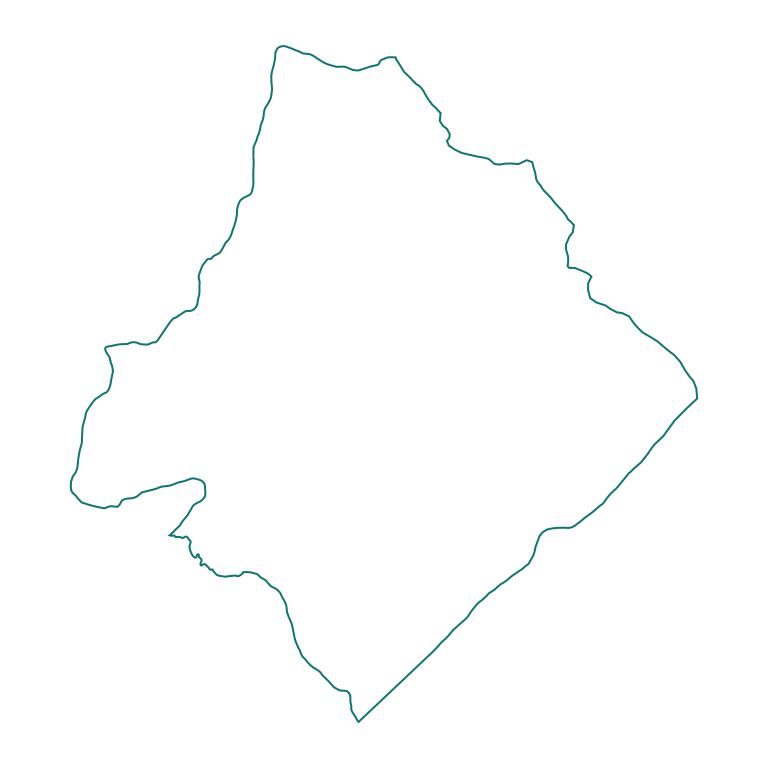 outline of Long, Louang Namtha, Laos
{"feature_id": "54806243B81400796532262", "entity_name": "Long", "entity_type": "district", "adm_level": 2, "iso_a3": "LAO", "parent_name": "Laos", "parent_adm1": "Louang Namtha", "projection": "mercator", "projection_center": [100.748, 20.99], "detail": "fine", "context": "isolated", "style": "outline", "palette": "teal", "viewbox_px": 768, "rotation_deg": 0, "n_neighbors": 0, "source": "geoboundaries", "source_scale": "gbopen_adm2", "svg_char_len": 6042}
<svg xmlns="http://www.w3.org/2000/svg" viewBox="0 0 768 768"><path d="M395.7,57.4L390.2,57.2L387.4,57.5L381.2,60.0L380.3,61.0L379.5,62.1L379.0,63.8L377.3,65.0L370.6,66.5L358.8,70.4L355.9,70.4L352.5,69.8L347.0,67.5L345.1,66.9L342.9,66.6L339.2,66.8L336.4,66.8L331.9,65.6L326.8,64.0L322.4,61.8L313.7,56.1L311.6,54.9L309.4,54.1L303.1,53.5L298.4,51.1L295.7,50.3L292.3,48.7L285.4,46.3L284.0,46.1L281.8,46.2L278.7,47.3L277.1,48.8L275.4,52.7L275.1,58.2L273.8,65.0L271.8,72.3L271.3,75.6L271.4,81.8L272.1,89.3L271.4,94.6L270.6,98.6L268.5,102.8L265.5,107.4L264.7,109.1L263.8,113.2L263.6,116.3L262.8,119.7L260.7,125.4L260.1,129.0L258.9,133.6L257.5,136.6L256.8,139.5L253.5,147.4L253.4,156.5L253.7,162.0L253.3,172.2L253.3,179.1L253.5,184.2L252.0,191.2L251.1,193.6L249.3,195.1L243.8,197.7L241.4,199.4L239.7,201.4L238.5,204.1L237.2,208.4L236.9,214.5L236.3,218.1L235.4,222.2L234.0,226.5L232.4,231.0L231.7,233.5L230.6,236.2L228.4,240.0L225.8,242.5L220.8,251.7L219.6,252.9L217.7,254.0L214.8,255.3L212.4,257.1L211.4,258.7L210.7,258.9L208.5,258.9L207.8,259.1L207.0,259.7L202.4,265.6L199.5,273.2L198.7,276.2L198.7,278.0L199.2,279.5L199.7,282.4L199.4,286.0L199.5,290.8L199.2,294.8L197.9,299.8L197.3,304.3L196.0,307.2L194.2,309.0L192.2,310.4L189.4,311.1L188.0,310.8L186.5,311.0L184.7,311.7L175.7,317.6L174.0,318.2L172.7,319.0L169.7,322.6L157.2,341.0L155.3,342.3L152.5,342.5L150.2,343.6L147.5,344.6L143.0,344.4L140.0,344.0L137.1,342.7L134.2,342.2L132.0,342.3L127.1,344.0L119.6,344.3L106.3,346.9L105.8,347.4L105.1,348.7L105.7,351.1L107.1,353.6L109.8,357.6L110.1,360.2L110.7,361.4L110.7,362.8L111.8,364.9L113.0,370.6L112.5,373.6L111.4,378.8L110.4,384.7L109.5,387.5L108.5,389.8L106.6,392.3L103.8,393.5L102.0,394.6L99.2,396.7L95.9,398.7L94.1,400.5L92.3,402.7L88.6,408.2L86.7,411.2L85.7,414.2L85.3,417.0L82.8,426.0L82.4,428.9L81.8,443.0L79.7,450.7L78.4,457.9L77.8,462.9L77.6,466.4L76.8,469.6L75.8,472.2L74.9,473.7L74.0,474.7L72.7,476.7L71.1,481.5L70.9,483.4L70.8,486.2L71.1,489.9L71.8,491.6L73.7,493.9L75.6,495.5L77.9,498.5L81.6,502.4L87.0,504.2L91.5,505.5L95.8,506.6L103.5,508.2L105.4,508.2L106.4,507.5L108.7,506.6L110.8,506.2L112.6,506.3L116.5,506.8L117.6,506.7L119.1,505.3L120.6,503.0L121.8,500.6L124.2,499.3L127.2,498.6L131.4,498.3L134.2,497.7L137.1,496.4L141.4,492.8L142.9,492.1L152.4,489.8L157.2,488.4L158.6,487.7L161.2,486.7L169.0,485.8L172.8,484.7L177.8,482.6L184.2,481.1L191.0,478.7L193.4,478.3L198.8,479.6L201.5,480.7L202.4,481.4L204.3,483.6L204.9,485.5L205.3,491.7L205.3,495.0L204.9,496.3L204.4,497.5L201.7,500.4L200.1,501.5L196.7,503.1L194.5,504.5L192.9,505.9L190.7,509.9L189.0,512.5L187.8,514.9L183.2,520.4L181.4,522.9L180.5,524.6L179.6,525.8L175.1,530.0L173.2,532.1L169.7,535.3L170.3,535.4L171.5,535.8L172.4,535.8L174.2,535.5L174.6,535.7L175.3,536.9L175.8,537.2L177.6,536.9L179.7,537.0L180.3,537.1L181.6,537.7L182.8,538.0L183.4,537.8L185.2,536.7L186.1,536.6L186.9,536.9L187.6,537.5L189.3,539.8L190.4,541.0L190.6,541.9L190.5,543.0L189.5,545.8L189.8,549.2L191.8,554.4L192.8,555.6L193.0,556.1L193.6,556.5L194.1,557.1L194.6,557.5L195.5,557.6L196.1,557.4L196.5,556.7L197.0,555.0L197.7,554.4L198.2,554.3L198.6,554.5L198.8,554.8L198.8,556.4L198.9,556.9L201.0,558.9L201.4,559.6L201.6,560.3L201.4,561.4L201.0,562.2L200.5,564.0L200.5,564.7L200.8,565.3L201.4,565.5L201.9,565.3L203.6,564.2L204.2,564.1L205.0,564.2L205.5,564.4L207.0,566.1L208.0,566.9L209.3,568.6L209.7,569.5L211.1,569.7L212.3,569.4L212.7,569.8L213.4,571.2L214.2,572.2L216.0,574.0L216.6,574.8L218.6,575.6L224.2,576.6L225.5,576.6L227.4,576.5L228.3,576.2L231.1,576.0L234.0,575.6L235.7,575.6L237.4,576.1L238.3,576.1L239.2,575.9L240.2,575.2L240.9,574.9L242.8,573.1L243.2,572.6L243.2,572.2L246.1,572.0L250.2,572.3L253.7,573.1L257.0,574.1L259.0,575.7L260.6,577.4L265.6,580.2L269.1,584.3L271.2,586.4L275.7,588.6L277.5,590.0L279.5,592.0L280.9,594.2L281.8,596.5L284.1,600.4L285.9,604.2L286.6,607.6L287.0,612.3L288.0,614.7L288.7,617.1L290.2,620.0L291.8,624.3L292.6,627.5L294.1,635.5L295.2,640.1L296.1,642.6L298.2,647.4L299.8,650.3L301.3,654.4L302.5,656.5L305.3,659.4L307.7,662.4L310.4,665.2L313.5,667.7L316.1,669.2L318.8,670.9L320.4,672.4L322.8,675.7L325.2,677.9L329.1,681.8L334.0,687.3L337.2,689.1L340.0,690.5L344.3,690.7L347.0,691.1L349.2,693.3L350.3,695.9L350.4,701.9L351.3,706.0L351.2,708.8L351.7,710.8L353.1,713.3L355.6,717.1L357.5,720.8L358.6,721.9L433.8,650.8L438.7,645.6L440.7,643.1L447.4,636.9L453.4,629.8L460.3,623.6L465.0,619.6L467.7,616.8L470.5,612.4L473.5,608.4L477.2,604.0L479.9,601.6L482.8,599.4L486.4,596.1L489.0,593.2L494.2,589.9L500.8,584.1L503.9,582.4L507.3,579.9L512.4,575.6L522.5,568.8L526.4,565.4L528.5,564.0L533.3,555.5L534.6,551.4L535.5,547.0L539.5,536.1L542.7,532.2L547.3,529.4L552.9,528.3L557.5,527.9L563.5,527.7L568.7,528.0L572.1,527.2L574.9,525.7L578.4,522.9L580.3,521.6L584.6,518.0L592.3,512.3L595.3,509.8L600.1,505.6L602.9,503.7L606.1,499.2L610.5,493.8L615.4,489.3L618.2,486.4L628.9,473.1L630.7,471.8L633.9,468.5L641.0,462.4L647.3,454.5L652.0,447.6L654.5,444.5L663.4,436.0L674.5,420.7L686.6,408.4L697.2,398.5L696.3,388.5L693.3,380.9L689.4,376.4L685.0,370.2L680.3,361.9L674.6,355.4L667.1,349.6L657.1,341.1L642.2,332.1L637.3,327.2L634.8,324.4L633.1,322.2L629.0,316.3L621.9,313.0L617.0,312.4L610.2,308.8L605.6,305.5L596.2,302.4L590.1,298.0L588.0,289.4L588.2,283.4L591.4,276.5L588.0,273.6L582.7,271.1L574.7,267.9L569.5,268.0L567.6,266.2L568.2,262.0L568.1,256.7L566.1,249.6L565.9,244.7L569.5,236.4L572.7,232.5L573.9,225.1L570.0,221.0L568.1,219.5L566.4,216.2L564.1,213.0L562.4,211.0L555.5,203.7L551.7,198.8L549.8,196.6L545.6,192.3L544.2,191.0L542.1,188.3L540.4,185.3L537.7,182.3L536.2,179.2L535.2,172.7L533.2,166.3L532.3,162.2L526.8,160.2L523.2,161.8L518.5,164.1L511.1,163.5L504.9,163.7L499.0,164.6L494.6,164.0L488.6,158.9L483.7,157.6L477.5,156.6L461.9,153.0L455.2,149.8L448.9,145.6L446.9,140.8L449.4,137.8L449.7,134.1L447.0,129.0L442.8,125.7L439.8,121.0L440.6,113.0L438.6,111.2L436.0,108.1L431.9,104.3L428.4,99.5L426.4,96.4L423.2,90.5L421.2,87.9L418.7,85.5L416.7,84.5L412.6,80.4L410.6,78.1L404.0,71.8L398.5,62.8L396.2,59.5L395.7,57.4Z" fill="none" stroke="#0f766e" stroke-width="2"/></svg>